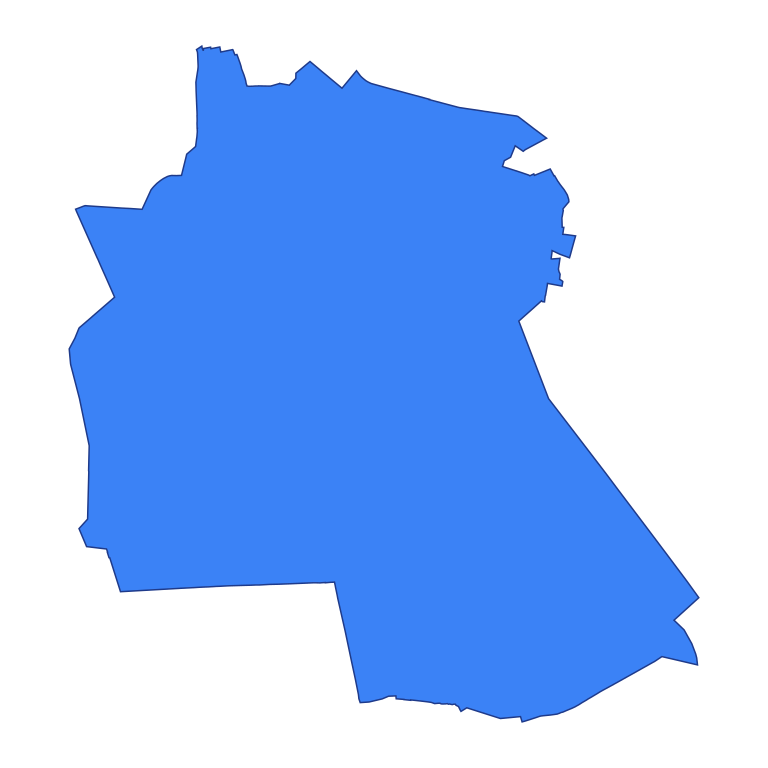 Woensdrecht, Noord-Brabant, Netherlands
{"feature_id": "6326949B40585384070761", "entity_name": "Woensdrecht", "entity_type": "district", "adm_level": 2, "iso_a3": "NLD", "parent_name": "Netherlands", "parent_adm1": "Noord-Brabant", "projection": "mercator", "projection_center": [4.343, 51.411], "detail": "fine", "context": "isolated", "style": "filled", "palette": "blue", "viewbox_px": 768, "rotation_deg": 0, "n_neighbors": 0, "source": "geoboundaries", "source_scale": "gbopen_adm2", "svg_char_len": 5775}
<svg xmlns="http://www.w3.org/2000/svg" viewBox="0 0 768 768"><path d="M120.5,591.7L179.0,588.4L180.2,588.3L182.5,588.2L190.3,587.8L192.1,587.7L194.3,587.6L197.3,587.4L200.7,587.2L205.3,587.0L208.2,586.9L211.3,586.7L213.4,586.6L216.2,586.4L219.2,586.3L221.1,586.2L226.8,585.9L228.9,585.8L242.8,585.4L250.6,585.2L255.7,585.0L259.1,585.0L267.8,584.5L269.7,584.4L278.5,584.2L289.4,583.8L313.1,582.8L313.6,582.8L316.1,582.8L319.9,582.9L320.2,582.9L321.0,582.8L325.4,582.5L325.4,582.8L328.6,582.5L329.6,582.4L330.8,582.3L333.4,582.2L334.5,582.1L334.8,583.6L335.3,586.0L335.4,586.7L337.2,595.3L337.7,598.1L341.2,613.6L345.1,630.8L351.3,660.3L355.4,679.4L358.4,694.4L358.9,698.8L360.2,702.6L369.1,702.0L382.2,698.9L388.6,696.2L395.9,695.9L396.2,698.8L403.9,699.4L403.9,699.6L410.7,700.3L410.7,699.9L420.5,701.0L426.4,701.7L429.4,702.1L431.3,702.4L434.6,703.6L437.7,703.3L439.8,703.2L440.0,703.2L440.1,703.3L440.3,703.5L440.6,703.6L440.9,703.8L441.1,703.8L441.3,703.9L441.5,703.9L443.2,704.0L444.2,703.9L445.4,703.9L446.2,703.8L447.3,703.6L448.1,704.1L448.3,704.2L448.5,704.2L449.8,704.0L450.8,704.3L451.7,704.5L452.3,704.6L453.7,704.2L455.4,704.2L456.0,705.3L457.5,706.0L458.5,706.5L460.1,709.9L461.0,711.4L466.5,708.0L466.8,707.8L479.0,711.7L500.4,718.5L520.5,716.6L522.1,721.9L525.0,721.1L530.7,719.3L532.5,718.7L536.2,717.5L538.8,716.6L540.3,716.1L540.6,716.1L541.1,716.0L541.6,715.9L542.0,715.9L542.5,715.8L550.6,715.0L553.5,714.6L556.3,714.2L556.9,714.1L557.5,714.0L558.4,713.6L559.2,713.4L561.1,712.5L562.9,712.1L566.1,710.7L568.5,709.7L570.2,709.0L571.9,708.3L575.3,706.7L576.8,705.8L577.8,705.3L579.8,704.1L582.1,702.6L583.5,701.8L586.4,700.1L588.4,698.8L591.2,697.2L594.2,695.4L597.4,693.5L600.1,691.8L602.4,690.5L617.2,682.4L626.8,677.0L641.8,668.6L653.4,662.1L654.4,661.6L655.0,661.2L661.9,656.6L678.3,660.4L697.5,664.9L696.7,657.9L695.7,654.0L691.8,643.7L684.1,629.9L674.0,620.2L698.8,597.7L687.0,581.3L665.2,552.2L648.8,530.4L617.6,489.1L605.7,473.2L568.0,424.0L548.6,398.7L518.8,321.1L524.7,315.8L529.8,311.3L541.5,300.8L542.0,301.4L542.3,301.6L542.9,301.7L544.5,301.9L545.2,296.0L545.5,295.6L547.2,285.8L547.5,283.4L558.4,285.4L562.0,286.1L562.8,281.6L562.7,281.4L562.5,281.2L562.1,280.9L561.3,280.3L559.6,279.3L560.1,274.3L560.0,274.0L559.7,273.2L559.0,271.7L558.9,271.3L558.7,270.4L558.6,269.7L558.5,269.4L558.4,269.2L560.0,258.2L559.9,258.2L559.7,258.4L557.9,258.5L552.9,258.9L552.1,259.0L551.6,258.9L551.4,258.8L551.3,258.7L551.2,258.7L551.2,258.3L551.5,255.9L551.9,253.1L552.1,250.6L560.0,254.3L563.3,255.5L569.5,257.8L570.3,255.1L573.1,244.8L575.6,235.9L568.4,234.9L566.1,234.6L565.2,234.5L562.8,234.3L563.8,227.4L562.2,227.3L561.9,217.8L562.2,216.6L563.3,210.4L563.0,209.6L563.1,208.7L565.1,206.3L568.9,201.8L568.7,199.4L567.4,195.2L567.0,194.4L564.4,190.1L563.3,188.6L562.1,187.1L560.8,185.4L560.1,184.5L558.2,181.7L557.7,181.1L557.1,180.0L554.6,175.7L554.0,175.9L553.0,174.0L550.2,169.0L542.3,172.2L534.4,175.4L533.8,173.9L530.3,175.6L529.9,175.8L528.8,175.1L521.5,172.6L502.5,166.5L504.3,160.7L507.2,159.1L510.6,157.2L515.2,145.8L518.0,147.7L523.2,151.3L525.4,149.6L536.7,143.5L539.3,142.1L541.0,141.2L542.6,140.3L546.6,138.2L533.8,128.6L529.4,125.2L518.8,117.1L517.8,116.4L517.7,116.4L516.5,116.0L510.7,115.2L507.4,114.7L499.4,113.5L493.2,112.6L490.5,112.2L488.1,111.8L484.8,111.4L482.6,111.0L477.4,110.2L466.9,108.7L461.7,107.9L459.6,107.6L457.8,107.2L456.4,106.8L452.2,105.7L429.2,99.6L429.4,99.3L410.5,94.2L402.4,92.0L389.6,88.6L378.0,85.4L371.2,83.5L369.3,82.6L367.7,81.8L365.9,80.7L364.9,79.9L363.4,78.7L362.7,78.1L361.7,77.2L360.5,76.0L356.5,70.7L342.0,88.2L335.6,82.9L329.7,78.0L325.8,74.7L321.9,71.5L318.5,68.6L312.9,63.9L312.4,63.5L310.0,61.5L306.0,64.8L302.0,68.2L295.9,73.2L295.9,74.4L295.8,78.5L289.8,84.6L289.4,85.2L289.0,85.1L280.2,83.5L280.0,83.4L279.9,83.4L279.8,83.5L279.7,83.4L279.6,83.5L279.3,83.6L271.7,85.8L271.4,85.9L271.2,85.9L271.0,86.0L270.8,86.0L270.5,86.1L270.3,86.1L270.2,86.1L269.8,86.1L269.1,86.1L263.6,86.0L258.3,85.9L257.8,86.0L256.3,86.0L255.4,86.0L252.8,86.2L249.1,86.3L248.0,86.2L247.4,86.0L247.0,86.0L246.1,83.2L245.8,81.3L245.8,81.2L245.3,79.2L243.9,74.8L242.0,69.9L241.7,69.3L241.0,66.2L240.1,63.3L239.2,60.8L238.3,58.2L237.6,56.3L237.3,55.4L236.9,54.5L236.2,54.7L234.9,54.9L232.9,49.8L232.7,49.6L230.3,50.1L220.8,52.0L219.8,47.0L210.9,48.7L210.6,47.2L203.5,48.5L203.5,48.9L203.3,50.8L202.7,49.1L202.3,48.7L202.1,47.7L201.8,46.1L196.5,49.6L197.0,50.9L197.3,51.7L197.5,52.6L197.5,53.2L197.6,53.7L198.1,65.4L198.1,67.0L198.0,68.1L197.8,70.0L197.5,71.7L195.9,82.2L196.1,89.6L196.1,90.6L196.6,102.9L196.4,103.0L196.6,103.0L197.0,111.7L197.1,115.4L197.0,115.5L197.1,118.8L197.1,121.5L197.0,123.1L197.1,126.9L197.1,127.3L197.1,128.2L197.4,128.3L197.2,128.7L197.3,131.8L196.9,136.8L196.7,138.3L196.5,139.1L196.5,139.6L195.6,146.5L193.1,148.7L186.7,154.2L185.8,158.0L181.5,175.4L181.4,175.4L178.9,175.5L176.5,175.6L172.4,175.5L171.6,175.5L170.9,175.6L169.8,175.8L168.6,176.1L167.2,176.6L164.7,177.9L163.7,178.4L162.6,179.1L160.4,180.6L158.9,181.8L156.9,183.4L155.8,184.5L154.3,186.0L153.2,187.2L152.6,187.9L151.8,188.9L151.0,189.9L142.1,209.3L141.8,209.3L130.0,208.5L122.0,208.1L86.6,205.8L86.2,205.7L85.8,205.7L85.5,205.7L85.1,205.7L84.9,205.7L84.5,205.9L84.0,206.0L83.4,206.2L80.1,207.5L75.6,209.2L76.4,211.2L97.2,257.9L97.7,258.8L100.2,264.6L100.5,265.3L107.5,281.0L113.3,294.2L114.6,297.2L111.6,299.8L103.3,307.0L95.9,313.4L93.1,315.8L91.1,317.6L79.8,327.3L79.5,327.5L79.4,327.7L79.1,328.1L78.9,328.3L78.8,328.6L75.1,337.7L75.0,338.0L69.2,348.9L70.5,363.3L70.6,364.1L70.8,365.1L79.5,398.7L89.2,445.7L88.6,470.7L88.8,471.7L88.1,499.1L87.6,519.1L79.0,528.6L86.6,546.6L106.5,549.0L107.0,550.3L107.6,552.1L107.3,552.2L109.0,557.7L109.3,557.9L109.8,557.9L120.5,591.7Z" fill="#3b82f6" stroke="#1e3a8a" stroke-width="1.5"/></svg>